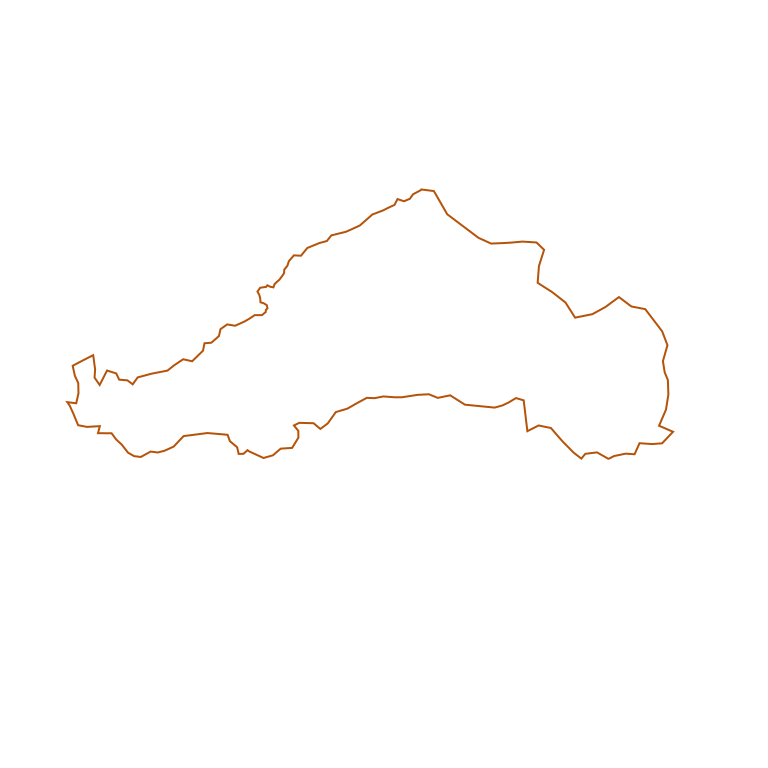 Agios Ioannis Lemesou, Limassol, Cyprus, rotated 217°
{"feature_id": "46923920B2789519030160", "entity_name": "Agios Ioannis Lemesou", "entity_type": "district", "adm_level": 2, "iso_a3": "CYP", "parent_name": "Cyprus", "parent_adm1": "Limassol", "projection": "equal_earth", "projection_center": [33.017, 34.893], "detail": "fine", "context": "isolated", "style": "outline", "palette": "amber", "viewbox_px": 768, "rotation_deg": 217, "n_neighbors": 0, "source": "geoboundaries", "source_scale": "gbopen_adm2", "svg_char_len": 2314}
<svg xmlns="http://www.w3.org/2000/svg" viewBox="0 0 768 768"><g transform="rotate(217 384 384)"><path d="M407.8,309.8L405.2,318.6L405.6,332.6L398.4,342.3L393.8,353.0L389.4,362.6L383.0,367.0L377.0,373.7L367.5,379.8L361.9,384.0L350.7,395.5L342.0,402.8L332.7,405.3L324.3,414.8L306.9,416.2L281.5,431.7L276.6,438.0L273.6,443.7L270.1,452.2L262.6,455.0L241.1,432.6L235.6,443.9L224.2,449.3L215.9,447.5L206.7,445.6L191.1,443.3L181.5,443.2L181.2,449.4L172.7,457.6L160.3,459.2L159.5,459.6L156.9,464.9L149.1,473.8L141.6,478.7L144.3,490.5L133.7,497.4L126.2,504.0L124.4,519.8L139.2,516.2L143.4,533.3L150.6,546.8L159.6,557.9L161.0,558.8L166.8,562.2L175.0,570.1L181.0,585.6L193.6,593.5L220.4,601.0L233.1,594.8L235.6,594.8L248.7,594.8L253.5,578.7L259.6,565.2L271.3,552.0L288.1,558.3L304.7,558.6L322.2,557.3L331.2,571.4L336.9,587.5L347.4,588.8L359.2,581.0L367.6,573.4L374.2,567.8L383.0,560.6L396.5,557.6L417.0,557.6L435.6,557.6L460.3,568.1L471.3,561.8L471.2,561.1L475.0,553.0L474.8,547.5L478.0,542.0L484.5,539.8L483.4,533.3L486.2,528.2L489.2,522.1L495.3,512.4L498.7,496.0L505.9,482.8L515.5,471.0L515.7,463.8L520.5,457.6L527.1,446.5L527.5,436.5L533.4,432.5L533.5,430.4L533.9,424.9L532.3,420.2L532.5,415.3L530.5,412.4L530.3,408.2L530.3,404.4L531.0,401.1L531.5,398.0L530.5,394.6L533.4,393.2L536.6,392.6L536.6,390.6L540.8,386.4L540.7,381.7L537.2,380.1L534.3,377.8L531.8,374.9L528.7,376.1L525.0,376.4L522.6,374.3L522.9,372.1L521.8,370.3L522.9,365.6L528.7,361.2L530.8,355.2L533.2,349.6L538.0,340.9L545.1,337.2L547.6,329.4L544.7,323.0L546.7,313.1L551.9,308.5L548.6,301.7L550.9,286.7L559.3,282.9L562.9,272.5L565.0,264.4L575.8,252.4L584.7,241.0L584.5,232.5L591.1,232.5L598.1,228.1L604.2,231.3L613.3,228.1L610.5,212.1L619.0,214.9L623.5,221.8L633.6,232.0L638.7,221.6L643.6,211.2L635.8,204.5L628.8,200.8L622.4,192.7L618.2,183.4L626.0,178.9L621.8,177.5L614.5,173.5L603.5,167.0L595.4,171.0L585.6,179.3L582.8,172.6L571.9,180.7L564.4,178.5L557.2,177.8L547.0,175.1L540.1,176.0L534.3,179.4L529.7,189.6L523.4,193.2L519.0,198.8L514.3,207.5L512.7,221.8L505.1,229.2L495.6,238.5L485.3,245.0L478.3,249.3L472.7,245.6L463.2,245.1L458.0,240.7L454.2,243.7L453.2,249.0L451.3,249.0L435.7,252.4L429.8,260.2L427.6,270.2L418.9,277.7L420.1,289.6L424.2,295.0L431.0,296.7L428.3,302.0L416.6,310.3L407.8,309.8Z" fill="none" stroke="#b45309" stroke-width="2"/></g></svg>